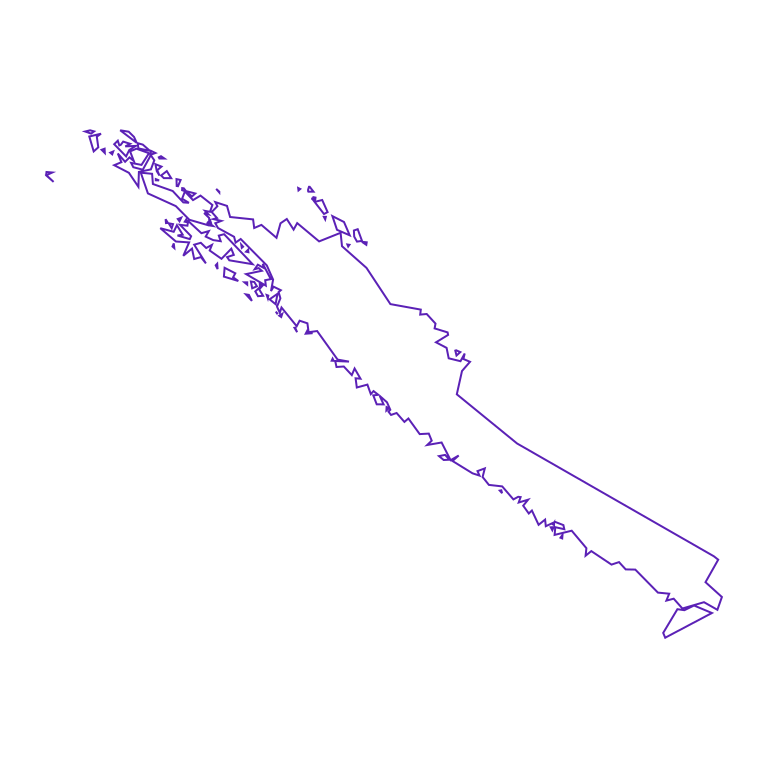 Hograno-Kia-Havulei, Isabel, Solomon Islands
{"feature_id": "97153195B62958617202697", "entity_name": "Hograno-Kia-Havulei", "entity_type": "district", "adm_level": 2, "iso_a3": "SLB", "parent_name": "Solomon Islands", "parent_adm1": "Isabel", "projection": "robinson", "projection_center": [158.602, -7.881], "detail": "fine", "context": "isolated", "style": "outline", "palette": "violet", "viewbox_px": 768, "rotation_deg": 0, "n_neighbors": 0, "source": "geoboundaries", "source_scale": "gbopen_adm2", "svg_char_len": 6173}
<svg xmlns="http://www.w3.org/2000/svg" viewBox="0 0 768 768"><path d="M721.9,597.0L705.5,582.2L718.2,559.7L713.9,556.3L517.1,443.5L456.8,394.3L462.0,371.0L470.0,361.8L463.4,359.0L464.7,353.5L460.5,361.2L448.7,358.3L446.6,347.9L436.0,342.3L448.1,334.9L447.6,332.4L434.6,328.4L435.5,323.6L426.7,314.0L420.2,314.6L420.8,309.6L390.4,304.1L366.5,267.9L342.0,246.2L340.6,232.8L319.1,241.4L297.2,223.1L293.6,229.6L286.8,219.0L280.5,223.3L276.5,237.8L261.4,224.9L254.2,228.0L253.1,219.4L230.1,217.0L227.0,205.9L215.3,202.1L217.4,206.2L211.7,212.0L217.0,218.0L213.4,219.1L221.3,220.9L215.3,223.2L218.0,228.0L234.1,236.8L235.6,242.6L240.7,239.0L266.8,265.4L273.1,279.6L271.0,291.1L273.6,286.7L280.8,290.2L278.6,292.1L280.4,298.3L277.0,306.6L279.8,312.8L281.5,307.5L296.7,326.2L299.6,320.7L307.4,323.3L308.6,332.2L317.1,331.0L337.6,359.6L349.0,361.6L335.2,361.0L336.5,367.0L343.8,366.5L351.8,375.1L354.6,368.5L360.5,378.7L355.6,378.3L356.8,387.5L367.4,384.6L370.8,394.1L373.5,391.1L378.3,394.8L373.3,395.4L376.7,404.3L383.6,404.4L379.7,395.9L387.0,402.3L390.3,409.8L388.5,411.7L391.0,414.9L396.6,413.0L404.4,421.9L408.4,418.5L419.7,434.1L428.8,433.6L431.7,440.7L427.2,445.0L441.6,442.5L450.6,460.2L458.7,455.5L452.5,461.0L472.5,473.3L479.5,475.6L477.5,471.1L484.8,468.4L482.6,477.0L488.9,484.9L502.2,486.4L513.4,499.4L518.2,496.8L520.6,497.1L518.7,502.5L528.1,499.7L523.2,505.7L528.8,513.5L531.9,510.5L538.6,524.8L545.1,519.6L545.8,526.2L555.1,521.9L563.4,525.1L564.3,529.2L555.3,527.2L554.6,534.9L571.7,530.7L586.4,548.2L585.6,555.7L591.3,551.1L611.5,564.6L619.0,562.1L625.7,569.4L635.3,569.6L657.9,592.6L669.2,593.7L666.4,600.6L673.7,598.7L682.4,608.5L704.0,602.2L717.4,609.8L721.9,597.0ZM252.6,264.2L224.1,234.2L218.8,235.6L220.7,241.2L213.2,240.1L205.7,236.6L208.8,231.1L201.4,233.2L188.2,221.0L187.4,225.7L180.0,224.8L191.1,236.2L189.8,239.1L177.5,235.5L182.7,234.7L176.9,225.2L173.7,231.8L160.3,228.2L175.9,241.5L189.1,242.4L183.3,255.8L192.0,248.6L194.2,259.0L200.9,257.1L205.9,263.4L194.2,244.7L200.8,242.8L206.2,248.0L211.9,244.9L209.7,250.5L221.5,258.8L231.3,248.7L233.8,254.9L227.1,257.1L229.3,260.3L252.6,264.2ZM212.4,205.0L200.5,195.6L193.0,200.1L184.9,191.5L182.1,198.7L188.9,202.8L183.3,202.4L172.7,191.0L152.9,184.0L152.1,173.8L140.8,172.7L147.9,193.4L175.8,206.1L189.4,219.8L207.4,225.0L207.2,224.5L207.6,222.6L209.3,221.0L209.1,217.9L204.1,213.1L208.4,214.3L205.1,210.9L210.0,211.8L212.4,205.0ZM711.9,613.0L694.0,605.5L684.4,610.2L677.4,609.2L663.2,632.9L665.2,637.7L711.9,613.0ZM154.3,160.3L150.8,155.2L142.8,169.7L133.3,167.2L131.1,162.9L141.5,164.9L149.0,153.2L136.4,148.7L130.1,151.4L133.8,161.0L129.5,157.4L125.1,161.8L117.8,153.5L121.4,162.2L114.2,165.2L128.9,172.8L138.4,186.8L138.9,171.9L150.9,169.4L154.3,160.3ZM270.8,279.1L262.8,263.8L263.6,267.8L257.8,264.7L254.7,269.2L258.7,268.1L261.8,270.8L246.1,274.1L265.8,285.6L265.2,280.2L270.8,279.1ZM135.8,145.9L125.3,146.4L130.1,143.8L123.2,141.6L120.7,144.9L119.3,145.4L117.8,140.7L114.2,144.2L126.1,156.4L129.3,150.0L135.8,145.9ZM349.7,235.3L344.0,222.0L332.4,216.1L337.0,229.8L349.7,235.3ZM238.3,281.0L233.1,277.3L235.3,273.3L224.6,267.8L223.9,276.6L238.3,281.0ZM101.0,133.7L89.3,136.5L93.7,151.4L98.3,147.3L96.8,136.7L101.0,133.7ZM327.6,212.1L322.2,200.0L314.6,201.9L324.0,214.0L327.6,212.1ZM275.6,304.2L277.5,293.8L269.6,299.3L275.6,304.2ZM136.7,142.8L134.0,136.9L128.7,131.7L120.2,130.3L136.7,142.8ZM362.0,240.9L357.7,229.2L353.9,230.5L354.2,236.6L357.0,241.6L362.0,240.9ZM149.9,150.8L142.8,144.6L137.7,143.2L138.4,148.4L149.9,150.8ZM161.5,166.6L155.4,164.2L156.8,171.2L159.5,175.6L157.2,170.2L161.5,166.6ZM171.2,178.2L166.8,171.1L161.1,175.5L163.8,178.1L171.2,178.2ZM263.1,295.8L258.6,288.4L255.3,291.4L258.0,296.2L263.1,295.8ZM256.9,286.3L254.3,282.0L250.9,281.5L252.2,288.3L256.9,286.3ZM449.5,459.7L445.1,454.9L439.0,456.1L443.7,460.0L449.5,459.7ZM180.6,180.0L176.5,179.1L176.7,186.0L178.0,186.2L180.6,180.0ZM260.0,288.5L262.7,285.5L259.8,284.2L260.0,288.5ZM150.4,154.8L155.4,153.0L151.1,150.9L150.4,154.8ZM94.1,131.4L90.1,130.3L85.2,131.5L91.1,133.6L94.1,131.4ZM195.3,193.5L187.5,191.5L187.3,192.6L192.0,196.4L195.3,193.5ZM217.6,269.1L217.2,263.7L215.7,265.3L217.6,269.1ZM460.3,352.1L456.2,350.3L455.3,350.6L456.5,355.5L460.3,352.1ZM313.5,191.7L309.7,186.8L309.0,186.8L308.1,189.7L308.1,191.1L308.4,191.7L313.5,191.7ZM312.6,333.2L308.2,332.5L307.1,331.0L305.7,333.7L312.6,333.2ZM53.6,181.9L46.4,175.2L52.3,172.5L46.5,172.0L46.1,175.3L53.6,181.9ZM104.8,153.0L104.6,148.7L101.6,149.8L104.8,153.0ZM174.3,248.1L173.8,243.4L172.5,246.5L174.3,248.1ZM171.7,228.2L173.0,224.1L168.7,223.3L171.7,228.2ZM167.9,222.9L165.6,219.2L166.0,223.1L167.9,222.9ZM186.5,191.7L183.8,188.3L182.2,188.1L182.1,190.2L186.5,191.7ZM386.4,410.5L388.8,408.3L386.6,407.1L386.4,410.5ZM179.5,221.3L181.2,217.7L177.8,219.0L179.5,221.3ZM281.2,317.0L282.2,313.9L279.3,315.7L281.2,317.0ZM366.3,244.8L366.7,242.3L361.9,241.8L366.3,244.8ZM297.1,332.2L295.2,327.7L294.5,327.8L297.1,332.2ZM112.2,154.3L113.2,151.5L110.3,152.7L112.2,154.3ZM562.2,538.4L562.5,534.9L560.5,537.7L562.2,538.4ZM247.2,284.6L247.2,282.3L244.4,282.3L247.2,284.6ZM552.3,530.2L553.6,527.2L550.8,527.3L552.3,530.2ZM216.2,188.9L219.3,192.5L219.3,191.7L216.2,188.9ZM502.1,493.2L501.3,490.3L499.8,490.6L502.1,493.2ZM348.2,246.5L349.4,244.8L347.4,244.5L348.2,246.5ZM251.9,300.9L248.9,294.9L245.9,294.4L251.9,300.9ZM164.4,158.5L161.0,156.2L158.8,157.3L159.4,158.5L164.4,158.5ZM243.1,246.7L241.3,244.7L241.8,247.8L243.1,246.7ZM211.4,224.0L210.3,220.8L209.5,222.0L211.4,224.0ZM333.6,360.8L332.6,358.7L331.7,360.7L333.6,360.8ZM315.5,197.6L312.6,197.0L314.5,198.6L314.2,200.6L313.7,199.0L312.2,198.7L312.5,197.7L312.1,198.8L313.9,200.8L314.9,200.2L315.3,199.4L315.5,197.6ZM267.8,298.2L268.3,295.6L266.7,295.0L267.8,298.2ZM213.0,226.0L209.1,222.9L207.5,223.8L208.6,225.3L213.0,226.0ZM325.2,219.4L325.8,216.9L323.9,216.9L325.2,219.4ZM277.6,314.3L276.9,312.9L275.8,311.6L277.6,314.3ZM187.0,222.2L186.1,219.7L184.8,221.7L187.0,222.2ZM248.4,252.2L248.1,249.7L246.1,251.7L248.4,252.2ZM298.5,190.4L300.2,189.0L298.2,188.0L298.5,190.4ZM554.0,525.0L554.1,522.7L553.0,524.4L554.0,525.0ZM159.1,180.4L155.8,179.1L155.8,180.3L159.1,180.4Z" fill="none" stroke="#5b21b6" stroke-width="2"/></svg>